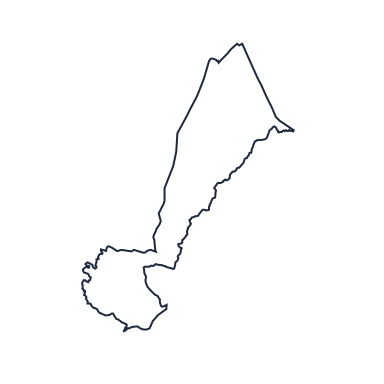 outline of Maçambará, Rio Grande do Sul, Brazil, rotated 115°
{"feature_id": "56859067B60830385241918", "entity_name": "Maçambará", "entity_type": "district", "adm_level": 2, "iso_a3": "BRA", "parent_name": "Brazil", "parent_adm1": "Rio Grande do Sul", "projection": "albers", "projection_center": [-55.63, -29.047], "detail": "fine", "context": "isolated", "style": "outline", "palette": "slate", "viewbox_px": 384, "rotation_deg": 115, "n_neighbors": 0, "source": "geoboundaries", "source_scale": "gbopen_adm2", "svg_char_len": 4350}
<svg xmlns="http://www.w3.org/2000/svg" viewBox="0 0 384 384"><g transform="rotate(115 192 192)"><path d="M276.4,244.7L277.4,245.5L278.4,245.7L281.8,245.0L282.0,247.2L282.5,250.2L283.9,249.7L285.0,247.4L286.0,247.2L286.3,248.2L287.6,249.5L290.7,249.7L292.0,248.3L293.4,250.1L295.2,249.1L296.9,248.8L299.5,248.5L300.1,246.9L301.1,246.7L302.4,247.5L302.0,249.6L301.5,250.4L300.1,251.7L299.9,256.2L300.0,257.1L302.3,258.1L303.4,255.7L302.5,254.3L303.3,253.4L304.3,253.5L304.4,255.6L305.6,256.9L308.0,258.1L309.1,257.7L310.6,256.0L310.1,252.0L310.6,250.6L311.5,250.1L312.1,248.8L312.2,247.6L315.0,247.1L315.8,248.2L317.5,247.9L317.7,250.2L317.1,251.2L317.7,252.9L318.7,252.8L320.1,253.2L321.5,252.9L322.8,251.6L324.4,250.9L326.1,250.3L326.3,248.8L327.6,248.2L327.1,247.1L328.3,246.4L330.1,246.4L331.0,246.2L330.9,244.9L332.0,243.2L333.6,243.0L334.1,242.1L335.4,240.1L337.2,239.6L336.4,237.6L336.2,236.6L337.7,235.0L338.3,233.0L338.7,231.8L338.2,230.9L338.2,229.1L338.8,227.7L339.6,227.0L340.0,226.0L340.6,225.1L340.6,223.7L340.4,222.7L340.7,221.6L340.4,220.2L340.4,218.0L338.3,214.8L336.8,213.9L336.0,213.2L335.5,212.2L337.0,210.2L339.0,206.9L338.7,205.1L339.1,203.5L339.3,202.1L339.9,200.3L339.6,199.1L339.7,195.2L342.0,194.4L343.3,195.2L345.2,194.8L347.6,195.3L346.4,194.3L342.7,192.5L341.7,190.9L340.1,189.8L337.7,186.3L336.8,184.1L337.5,181.6L337.3,180.4L337.5,178.9L336.9,177.8L336.6,176.4L335.6,174.9L334.4,173.6L333.3,172.8L325.6,173.0L317.9,170.8L308.9,165.8L305.1,167.3L306.9,168.6L308.6,170.6L308.2,172.1L306.2,173.9L305.4,174.5L303.8,175.4L302.8,175.7L302.4,177.0L300.8,179.0L300.7,182.3L298.9,187.3L296.9,192.1L293.3,195.9L291.1,197.1L288.9,197.5L287.7,198.4L286.8,199.5L286.1,200.6L282.7,202.6L280.7,203.9L279.5,202.9L278.2,200.1L277.7,199.0L276.0,197.9L275.5,196.0L274.2,195.2L272.6,194.3L272.2,191.4L271.4,189.6L271.0,188.4L271.0,186.7L270.5,185.0L270.8,184.0L270.6,182.4L269.8,178.2L269.9,176.9L268.9,175.8L265.0,176.5L262.7,177.3L260.8,176.3L258.6,176.2L257.5,176.5L256.6,177.6L255.3,177.7L253.3,176.7L252.4,176.6L249.2,177.6L247.3,177.6L247.3,178.8L247.2,180.1L246.1,181.9L245.0,182.4L243.9,181.2L243.4,180.1L242.0,179.4L239.9,180.5L238.6,179.9L237.3,179.5L235.5,178.9L234.0,179.0L232.8,178.4L231.7,178.6L230.8,179.4L229.1,180.1L227.4,180.0L226.1,180.7L225.1,180.1L223.6,180.0L222.5,179.5L221.2,179.6L220.7,180.5L219.2,181.8L218.5,182.5L217.0,181.5L216.0,181.5L214.9,181.2L214.0,179.7L212.7,179.0L211.5,177.0L210.7,176.3L209.2,176.3L203.8,175.0L203.0,173.8L202.6,171.2L201.4,169.4L200.5,169.3L198.2,170.3L197.3,170.0L195.9,170.7L194.1,170.3L192.4,170.6L189.1,170.6L188.1,169.4L187.1,168.7L185.0,169.6L183.8,169.8L182.3,170.6L180.5,170.8L179.0,173.6L178.1,173.4L176.6,173.2L175.7,172.9L174.0,172.8L172.4,171.8L172.2,170.4L169.9,168.3L168.5,168.4L167.9,167.5L166.7,167.2L166.9,165.7L165.9,164.7L163.5,163.7L162.2,164.3L160.5,164.8L158.8,164.7L158.0,164.1L157.1,164.1L156.0,163.4L155.5,162.0L153.9,161.6L153.0,161.0L152.2,161.4L150.9,161.0L150.0,159.5L148.3,159.0L147.3,158.7L145.6,158.2L144.1,157.7L139.7,158.2L138.7,157.6L138.0,156.6L136.4,156.6L134.4,156.1L132.2,156.4L131.3,154.9L130.1,155.2L128.3,155.9L126.4,155.9L124.6,155.9L123.2,156.3L122.1,156.3L119.4,156.3L118.6,155.4L117.4,154.9L116.8,153.6L116.1,152.5L114.9,150.1L113.9,148.9L113.3,148.1L111.6,147.1L109.2,147.3L107.4,147.3L104.4,147.7L102.5,147.5L101.2,146.5L99.3,146.2L97.8,145.2L98.0,143.5L98.7,142.3L99.8,141.2L100.4,139.5L101.3,139.2L101.2,138.2L100.2,137.2L99.8,136.1L98.3,135.6L97.4,134.8L97.7,133.8L96.2,132.8L96.5,131.5L95.7,130.2L94.7,130.1L95.1,129.0L94.4,127.5L94.5,126.1L93.0,125.9L92.4,129.8L90.4,142.8L88.4,147.9L81.6,155.4L74.8,164.0L66.0,174.2L60.9,180.9L36.4,209.2L39.2,211.2L38.6,213.8L45.8,216.9L51.6,218.4L60.5,221.6L63.6,222.5L62.1,224.0L62.8,225.0L62.0,226.0L62.3,229.6L63.4,231.4L66.2,231.9L84.2,229.1L96.7,228.3L98.4,228.2L100.0,228.1L102.7,228.0L107.9,228.2L118.0,228.7L124.2,228.8L139.4,229.7L144.9,230.1L162.2,223.3L176.3,220.0L200.0,218.5L203.2,217.1L211.7,213.1L215.4,212.7L218.5,212.9L223.2,213.0L225.5,213.1L231.6,208.0L235.0,207.7L240.5,208.6L242.8,208.3L247.0,208.4L248.9,208.1L249.8,207.6L251.4,205.9L260.4,200.6L261.4,199.5L261.9,205.2L264.0,207.5L266.5,208.8L267.3,209.8L267.8,211.6L269.0,220.2L271.4,221.7L274.2,231.3L275.9,233.4L276.6,234.2L277.2,235.0L276.3,241.0L276.4,244.7Z" fill="none" stroke="#1e293b" stroke-width="2"/></g></svg>